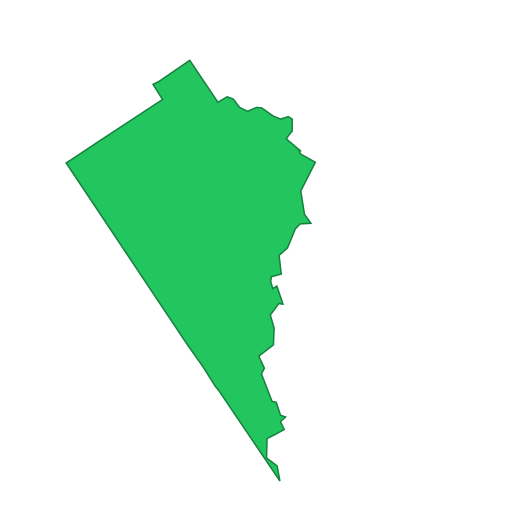 Thurston, Washington, United States of America (Robinson projection), rotated 56°
{"feature_id": "52423323B46742889788389", "entity_name": "Thurston", "entity_type": "district", "adm_level": 2, "iso_a3": "USA", "parent_name": "United States of America", "parent_adm1": "Washington", "projection": "robinson", "projection_center": [-122.739, 46.976], "detail": "fine", "context": "isolated", "style": "filled", "palette": "green", "viewbox_px": 512, "rotation_deg": 56, "n_neighbors": 0, "source": "geoboundaries", "source_scale": "gbopen_adm2", "svg_char_len": 917}
<svg xmlns="http://www.w3.org/2000/svg" viewBox="0 0 512 512"><g transform="rotate(56 256 256)"><path d="M56.7,201.5L57.0,238.7L56.1,245.4L74.0,246.0L73.0,324.9L73.0,330.1L72.9,346.9L72.7,361.4L290.8,362.5L317.2,361.9L342.4,362.6L346.6,362.1L455.9,362.0L441.9,355.9L429.3,360.2L413.5,348.9L414.6,340.5L415.6,329.6L407.0,328.4L406.0,321.5L401.7,324.7L388.6,321.0L385.6,324.0L356.8,317.4L353.7,311.8L340.6,309.7L339.4,291.2L325.9,281.3L312.9,277.1L308.2,263.7L311.0,260.6L292.6,255.5L292.4,260.3L285.4,258.1L281.8,254.8L285.1,245.2L268.4,236.5L266.9,225.4L255.5,208.2L254.1,201.4L259.6,192.2L248.5,192.5L227.1,182.5L211.5,154.4L196.4,162.0L193.3,161.4L193.6,160.4L175.9,165.4L174.3,161.7L172.7,156.2L162.8,149.4L158.5,151.3L156.2,159.1L149.7,163.4L136.4,168.5L133.2,172.4L131.2,182.2L123.7,186.5L113.2,187.1L107.9,190.9L107.4,198.6L107.3,201.6L56.7,201.5Z" fill="#22c55e" stroke="#15803d" stroke-width="1.5"/></g></svg>